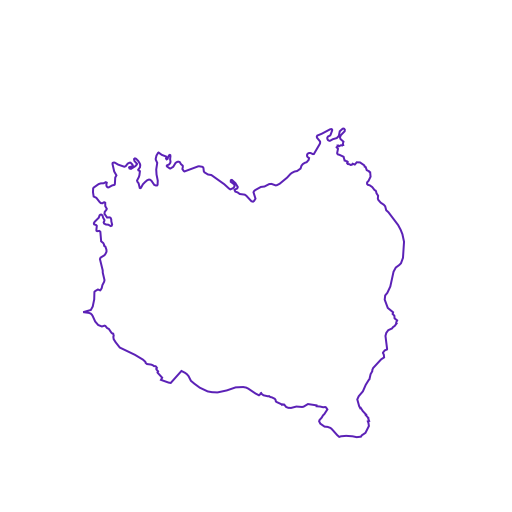 Ban Haet, Khon Kaen, Thailand (Albers equal-area conic projection), rotated 26°
{"feature_id": "78962969B76194280377642", "entity_name": "Ban Haet", "entity_type": "district", "adm_level": 2, "iso_a3": "THA", "parent_name": "Thailand", "parent_adm1": "Khon Kaen", "projection": "albers", "projection_center": [102.747, 16.218], "detail": "fine", "context": "isolated", "style": "outline", "palette": "violet", "viewbox_px": 512, "rotation_deg": 26, "n_neighbors": 0, "source": "geoboundaries", "source_scale": "gbopen_adm2", "svg_char_len": 6121}
<svg xmlns="http://www.w3.org/2000/svg" viewBox="0 0 512 512"><g transform="rotate(26 256 256)"><path d="M411.9,255.2L411.5,255.2L411.1,253.8L411.1,252.0L407.9,251.3L406.5,249.0L404.2,248.2L403.9,246.5L397.2,244.9L390.8,238.8L389.4,234.8L390.2,231.6L390.1,224.6L386.5,209.8L386.7,205.1L388.7,201.3L389.5,199.0L388.9,193.2L382.8,178.3L378.1,172.3L374.6,169.1L370.2,165.9L355.8,158.6L353.0,157.8L350.3,154.7L348.4,153.9L344.7,153.4L341.4,152.0L340.4,151.1L339.3,148.3L336.8,146.8L335.5,145.2L334.8,144.8L333.7,144.8L330.3,143.1L327.2,142.6L325.3,143.0L324.2,142.5L323.6,141.1L324.2,139.1L324.2,134.5L321.9,130.7L321.1,130.8L320.6,130.3L317.9,130.3L315.6,128.0L314.5,128.1L313.8,127.2L313.2,127.0L308.5,126.3L305.5,127.6L304.7,130.5L302.4,130.7L302.2,131.9L301.2,132.7L299.7,132.6L298.2,133.1L297.2,132.6L297.3,131.3L296.2,131.0L295.6,131.3L294.6,131.1L293.8,131.4L291.2,128.4L286.4,128.5L285.3,128.8L284.2,128.4L283.8,127.9L282.7,123.7L280.8,122.9L281.4,121.3L281.0,120.9L281.5,120.6L282.5,121.0L283.7,119.3L285.0,118.9L285.0,118.3L285.7,118.0L284.8,116.8L284.5,114.9L280.8,113.9L279.4,112.6L279.3,110.2L281.0,105.0L280.5,103.6L279.5,103.0L278.5,103.2L278.0,103.8L276.6,107.2L277.8,111.7L276.9,114.6L273.9,117.3L272.1,119.9L271.5,120.3L270.0,120.3L268.7,119.4L268.2,118.3L268.3,117.1L269.7,115.3L269.9,114.4L269.4,109.7L269.0,109.0L268.3,108.8L267.1,109.6L261.5,117.3L258.3,120.9L258.3,122.0L258.9,122.9L263.4,125.0L264.1,126.3L264.2,127.5L263.3,139.0L262.4,139.5L260.0,139.5L258.8,140.0L258.0,140.7L257.5,141.9L257.6,142.9L258.3,144.0L259.2,144.5L260.8,144.7L261.2,146.5L260.4,149.5L259.0,150.9L257.8,152.8L257.3,154.8L257.7,157.9L255.7,161.6L253.6,163.2L251.8,165.6L251.0,167.2L249.6,171.9L245.6,180.7L243.8,183.1L242.8,183.9L238.3,184.4L236.3,185.6L233.2,189.8L230.1,191.8L226.4,197.1L225.8,198.6L225.8,199.8L230.4,204.7L230.1,207.4L229.5,208.5L227.9,208.8L220.9,206.1L219.0,205.8L214.2,207.4L211.6,206.9L209.2,207.2L208.0,206.3L207.7,205.8L209.5,203.5L209.4,202.0L205.5,199.5L201.0,198.2L200.4,198.5L200.2,199.1L200.8,200.4L204.7,201.1L205.6,201.8L206.1,202.6L206.1,203.8L205.6,205.2L203.7,207.4L202.1,207.2L196.0,205.4L180.4,202.8L177.1,203.8L173.0,203.4L172.0,202.8L170.2,200.0L169.6,199.5L168.5,199.4L165.5,200.3L164.7,200.8L154.6,211.4L153.8,211.3L151.7,210.1L151.2,208.0L150.5,206.9L148.4,206.4L146.2,205.0L144.7,205.3L143.8,206.1L142.9,207.6L142.5,212.1L140.7,214.9L140.2,215.1L136.9,214.6L136.3,214.2L136.2,213.7L137.8,211.7L138.1,209.8L137.8,208.7L136.4,206.7L135.3,203.7L134.7,202.9L134.2,202.9L133.7,203.7L133.6,205.9L134.0,207.3L133.4,208.3L132.4,207.9L132.1,206.4L131.6,206.0L126.9,206.4L123.1,205.7L122.8,206.1L122.5,209.3L123.2,212.5L123.7,213.4L126.4,215.6L128.4,222.0L130.9,226.4L134.7,231.4L136.3,235.1L136.2,235.9L135.2,236.5L133.4,236.7L129.0,234.2L127.3,233.9L126.3,234.2L125.0,235.6L123.9,238.1L122.9,241.1L122.7,245.2L122.2,245.8L121.7,245.8L118.6,242.1L116.9,241.3L116.0,240.3L116.1,236.4L115.8,234.5L114.5,230.7L114.1,230.5L112.8,230.6L112.3,230.1L112.8,227.1L112.1,225.0L111.1,223.9L108.5,222.2L105.6,221.2L104.4,221.3L103.9,222.4L105.1,223.9L108.6,225.3L108.8,225.9L108.2,228.1L105.4,232.5L104.0,232.8L103.1,232.0L103.2,231.6L105.5,229.7L105.6,228.6L104.6,227.9L102.3,227.1L101.4,227.6L100.2,229.2L99.5,232.4L98.5,233.5L92.0,234.3L88.3,234.0L87.4,234.2L86.4,235.1L86.6,236.1L91.5,242.2L95.2,244.7L95.1,247.2L97.6,253.2L97.6,254.1L95.8,255.6L93.5,258.9L92.7,259.3L91.9,259.2L90.8,258.5L90.2,257.4L89.7,255.5L88.6,255.5L87.2,257.4L84.6,258.8L83.0,260.4L80.1,265.7L80.0,266.6L81.5,270.1L84.0,273.7L87.0,273.7L91.7,276.0L93.3,276.5L94.9,275.9L95.6,274.6L96.1,274.2L97.1,274.2L98.7,277.3L101.2,279.0L101.3,279.9L100.7,282.6L101.3,284.5L105.3,286.7L107.6,285.4L108.6,285.5L109.8,286.5L110.8,288.3L112.9,290.8L113.0,292.1L112.3,292.8L109.6,292.6L107.2,293.5L105.2,293.4L104.3,292.5L104.3,290.8L104.0,290.1L101.7,288.5L100.2,286.8L98.7,286.6L98.0,287.1L97.6,288.0L97.9,290.5L96.0,296.0L95.9,297.6L96.6,298.5L98.9,298.3L99.7,298.7L101.2,302.8L101.7,303.3L102.4,303.3L104.2,302.1L105.5,302.5L110.4,310.7L113.0,311.3L114.5,312.4L115.0,313.4L116.5,313.6L118.8,315.9L119.6,317.3L119.8,318.3L119.7,320.8L119.3,322.0L117.0,325.6L117.1,327.2L124.5,336.1L125.6,338.2L130.4,344.1L130.8,345.8L130.7,349.5L131.4,352.4L131.3,354.2L131.0,355.2L128.6,355.4L126.9,357.9L126.5,359.1L129.6,365.9L131.4,373.0L131.2,376.9L125.3,382.2L130.7,380.4L132.6,380.2L134.2,380.7L135.6,381.6L140.2,385.4L144.4,387.2L148.4,386.9L150.4,385.0L151.3,384.9L153.7,386.0L155.8,386.1L159.6,388.3L160.7,388.6L161.7,388.4L163.1,390.1L163.2,391.2L164.6,393.2L167.7,395.1L173.7,398.0L190.5,397.9L199.8,398.7L202.9,399.6L203.7,400.5L205.4,400.9L209.2,399.6L211.0,399.4L212.6,399.7L213.7,399.2L214.6,399.2L216.0,400.0L215.8,401.1L216.2,401.6L218.6,402.6L218.5,403.8L218.9,404.1L225.0,406.5L224.9,409.0L232.9,408.1L235.0,407.5L239.4,392.0L243.4,392.1L245.6,392.5L248.0,393.5L252.2,396.7L256.6,397.8L263.2,399.0L271.9,398.9L276.1,397.7L281.2,395.5L288.7,389.6L295.3,383.0L301.9,379.4L304.8,378.6L307.2,378.6L315.8,379.8L319.7,379.9L320.5,378.2L320.4,377.3L320.7,376.9L321.5,377.5L323.8,377.9L328.5,376.8L329.1,376.2L330.7,376.5L332.1,376.1L335.4,376.1L336.7,376.8L337.5,377.9L338.2,378.2L343.9,378.1L344.6,378.4L345.2,377.5L346.0,377.6L346.5,377.2L349.3,378.5L351.6,378.3L354.1,377.2L358.3,373.6L363.6,371.5L364.8,370.6L367.6,366.3L375.9,363.7L376.3,364.5L379.6,363.2L382.7,362.5L384.4,361.4L385.3,361.4L387.4,362.6L386.7,368.3L386.1,369.8L385.9,372.5L385.0,375.6L385.2,376.9L387.3,378.5L392.4,379.3L395.3,378.2L398.3,377.9L399.9,378.3L407.5,381.4L410.1,382.1L411.4,380.8L415.9,378.1L421.9,375.7L425.9,374.7L429.5,372.4L429.7,370.8L431.9,367.0L432.0,359.3L430.2,356.7L429.0,355.6L430.0,354.7L428.1,352.9L428.1,352.4L424.3,350.8L424.5,350.3L420.0,348.6L416.7,346.6L416.4,347.1L414.5,345.7L409.9,340.5L409.8,337.0L411.4,330.8L411.1,323.7L411.7,317.7L412.0,317.1L410.8,312.0L411.0,308.6L410.5,307.4L410.4,305.3L413.8,294.0L415.6,291.0L414.1,288.6L412.6,287.5L412.5,287.1L413.1,284.4L414.7,282.6L414.6,282.1L407.4,271.1L406.8,267.9L407.4,264.7L410.0,261.5L410.3,259.9L411.3,258.1L411.9,255.2Z" fill="none" stroke="#5b21b6" stroke-width="2"/></g></svg>